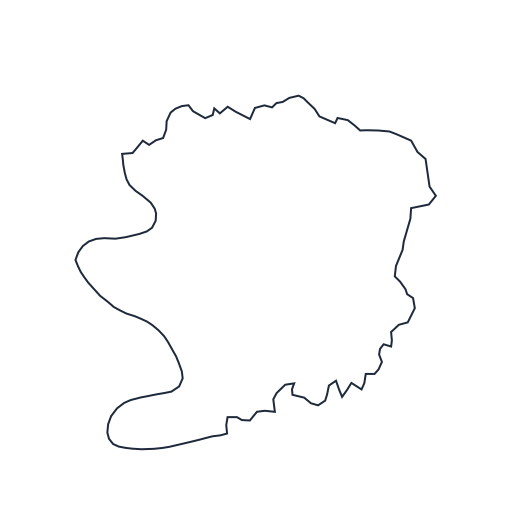 outline of Rio dos Índios, Rio Grande do Sul, Brazil, rotated 255°
{"feature_id": "56859067B40054985686556", "entity_name": "Rio dos Índios", "entity_type": "district", "adm_level": 2, "iso_a3": "BRA", "parent_name": "Brazil", "parent_adm1": "Rio Grande do Sul", "projection": "natural_earth1", "projection_center": [-52.887, -27.252], "detail": "fine", "context": "isolated", "style": "outline", "palette": "slate", "viewbox_px": 512, "rotation_deg": 255, "n_neighbors": 0, "source": "geoboundaries", "source_scale": "gbopen_adm2", "svg_char_len": 2167}
<svg xmlns="http://www.w3.org/2000/svg" viewBox="0 0 512 512"><g transform="rotate(255 256 256)"><path d="M92.0,182.1L100.4,183.5L107.7,186.8L105.3,195.9L101.2,199.9L98.7,207.5L105.3,216.6L104.2,224.5L100.6,233.9L113.1,235.6L118.3,240.5L124.1,250.9L123.1,259.9L118.0,256.3L112.5,255.3L106.7,265.9L99.5,271.0L95.7,277.3L98.4,285.4L104.0,288.9L112.0,292.9L114.8,301.0L105.3,301.7L97.6,302.7L103.1,309.3L108.7,315.3L99.8,323.4L105.1,327.7L113.7,331.5L111.4,340.0L114.8,345.1L121.1,350.2L128.9,349.4L134.1,351.7L137.7,356.4L133.6,363.1L139.3,365.4L147.6,366.8L152.6,376.2L152.6,385.4L164.5,395.9L174.7,396.8L180.0,392.1L185.2,391.8L193.8,388.6L200.4,384.8L210.1,388.6L224.0,399.2L231.8,402.5L252.1,414.8L262.1,418.2L261.0,436.3L267.6,445.3L278.1,441.6L305.8,444.9L314.7,438.9L327.3,435.7L337.5,422.9L341.7,417.2L345.6,406.5L348.9,395.2L350.3,389.1L356.9,384.8L363.5,379.8L368.2,370.5L363.8,366.8L374.4,353.4L382.9,350.7L390.9,345.8L396.1,342.8L399.8,338.7L400.1,329.1L397.9,321.7L398.4,315.3L395.4,310.0L399.3,303.1L399.3,293.3L389.8,285.7L400.7,273.6L407.5,267.3L403.1,258.0L409.4,253.9L403.4,250.7L402.3,242.6L412.2,232.6L419.1,229.8L420.0,223.2L419.1,216.2L416.6,210.6L409.4,204.6L401.2,201.9L394.0,196.8L393.7,189.3L391.0,181.5L396.7,176.5L391.8,169.7L387.4,163.4L389.3,153.1L384.1,152.4L378.3,151.4L370.5,150.8L363.6,150.8L357.3,152.2L350.1,156.5L343.4,162.1L334.8,168.1L328.0,170.4L322.9,170.5L316.0,168.2L310.2,162.9L308.0,156.9L307.5,149.1L307.7,142.2L307.9,135.1L309.1,124.7L312.5,114.1L313.9,106.0L313.3,98.3L310.5,91.4L305.6,85.3L298.9,80.6L292.2,81.4L285.9,82.6L279.8,84.7L273.8,87.0L257.9,95.1L250.0,101.1L243.6,105.4L238.9,110.3L233.9,116.0L229.2,123.4L225.3,128.4L220.9,133.7L215.9,138.1L209.2,142.8L202.3,146.5L195.5,148.8L187.5,150.8L179.9,152.8L172.8,153.7L163.7,154.5L156.8,153.5L149.9,148.0L146.9,139.2L147.4,131.5L148.1,124.3L148.7,114.7L149.2,108.0L149.3,97.7L148.2,90.6L144.8,82.3L138.8,74.6L131.9,69.7L123.9,66.7L117.5,66.7L111.4,69.3L107.5,74.0L104.5,80.2L102.0,86.4L99.0,95.3L96.2,107.3L94.8,116.0L94.1,123.0L93.7,135.0L93.4,144.8L93.2,153.5L93.2,160.1L93.1,167.4L92.0,175.1L92.0,182.1Z" fill="none" stroke="#1e293b" stroke-width="2"/></g></svg>